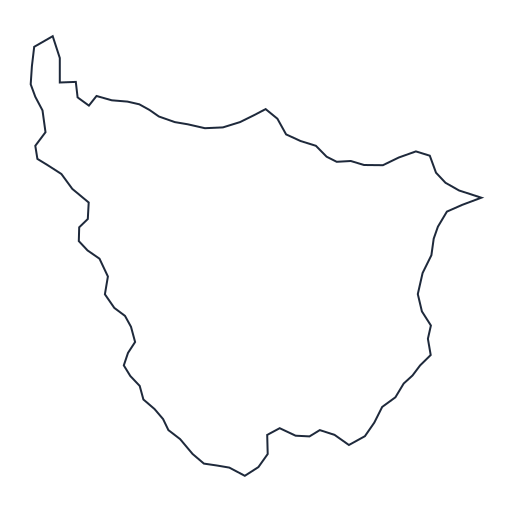 the district of Raposos, Minas Gerais, Brazil
{"feature_id": "56859067B47566080265166", "entity_name": "Raposos", "entity_type": "district", "adm_level": 2, "iso_a3": "BRA", "parent_name": "Brazil", "parent_adm1": "Minas Gerais", "projection": "robinson", "projection_center": [-43.787, -19.978], "detail": "fine", "context": "isolated", "style": "outline", "palette": "slate", "viewbox_px": 512, "rotation_deg": 0, "n_neighbors": 0, "source": "geoboundaries", "source_scale": "gbopen_adm2", "svg_char_len": 1293}
<svg xmlns="http://www.w3.org/2000/svg" viewBox="0 0 512 512"><path d="M481.3,197.7L459.1,190.5L445.5,182.8L436.0,172.7L429.8,155.7L415.9,151.4L398.8,157.5L382.9,165.2L364.0,165.0L350.8,161.0L336.7,161.8L326.6,156.7L315.9,145.8L300.5,141.0L286.1,134.4L277.4,118.7L265.6,109.1L254.0,115.2L240.0,122.1L222.9,127.4L204.9,128.2L187.8,124.3L174.8,122.1L158.9,116.5L149.4,109.9L139.3,104.3L127.5,101.6L111.8,100.3L96.5,96.0L88.9,105.6L77.6,97.4L75.8,81.9L59.8,82.5L59.8,58.0L52.7,36.2L34.2,46.8L31.9,66.2L30.7,84.3L35.3,96.8L42.5,110.4L45.5,132.2L35.3,145.8L37.4,158.9L47.4,165.0L61.4,174.0L72.3,188.9L88.7,202.5L87.8,219.0L79.2,227.3L78.8,241.1L87.5,250.4L99.5,258.7L107.9,276.5L104.9,294.3L114.3,307.9L125.0,315.9L131.0,326.8L135.1,342.0L128.0,352.9L123.8,365.4L130.3,376.0L139.7,385.9L143.4,399.5L154.5,409.0L163.1,419.1L168.4,430.1L180.1,439.1L192.6,454.0L203.9,463.6L216.9,465.5L229.3,467.6L244.8,475.8L258.4,467.1L267.7,454.0L267.2,434.9L279.7,428.2L295.6,435.7L309.5,436.4L319.8,430.1L334.6,434.9L348.9,445.0L364.9,436.2L374.3,422.6L382.2,406.9L395.4,397.3L403.7,383.5L412.5,375.5L420.1,365.4L430.7,355.0L427.9,338.8L430.9,325.5L421.9,311.4L417.8,294.1L422.6,273.0L431.4,255.2L433.7,238.7L437.9,226.7L446.9,211.6L462.1,204.9L481.3,197.7Z" fill="none" stroke="#1e293b" stroke-width="2"/></svg>